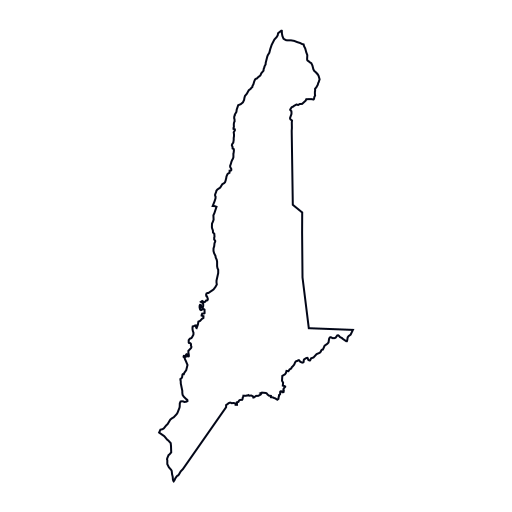 the district of Canas, Guanacaste, Costa Rica
{"feature_id": "36466004B65281330352027", "entity_name": "Canas", "entity_type": "district", "adm_level": 2, "iso_a3": "CRI", "parent_name": "Costa Rica", "parent_adm1": "Guanacaste", "projection": "equal_earth", "projection_center": [-85.111, 10.45], "detail": "fine", "context": "isolated", "style": "outline", "palette": "ink", "viewbox_px": 512, "rotation_deg": 0, "n_neighbors": 0, "source": "geoboundaries", "source_scale": "gbopen_adm2", "svg_char_len": 6033}
<svg xmlns="http://www.w3.org/2000/svg" viewBox="0 0 512 512"><path d="M311.3,63.2L309.5,62.1L308.8,61.3L307.7,60.7L307.3,60.2L307.1,59.2L307.3,55.1L306.3,52.4L305.2,48.4L304.1,46.3L303.6,44.4L302.2,44.1L300.1,43.0L297.2,42.1L294.2,40.9L290.8,40.3L287.1,40.3L286.1,40.2L284.4,39.3L283.5,38.7L282.4,36.0L281.9,33.4L281.8,30.8L281.3,30.7L278.1,33.2L277.7,35.3L276.7,37.0L274.4,39.5L271.7,44.8L270.3,48.9L269.3,52.8L267.8,55.2L267.3,56.5L265.7,62.8L265.6,64.4L264.5,66.4L264.3,67.5L263.7,68.9L263.5,70.7L261.2,73.4L260.7,74.8L260.2,75.6L258.0,77.3L256.9,78.5L255.9,78.8L255.1,79.4L254.2,81.5L253.4,84.3L252.5,85.9L252.3,87.1L251.4,87.8L250.6,88.9L248.8,90.2L246.8,93.8L245.0,95.9L244.4,98.0L244.1,99.9L242.9,102.4L240.7,104.2L238.2,105.2L236.7,109.6L236.4,111.9L234.8,114.6L234.8,115.5L234.4,116.0L234.2,117.0L234.2,118.4L234.5,119.2L234.6,121.4L234.2,122.1L233.9,123.3L233.8,124.6L233.9,127.0L233.5,127.8L233.5,128.9L234.8,129.3L234.9,130.1L234.7,130.6L233.7,132.3L234.0,134.4L234.0,136.1L233.7,138.0L233.7,140.0L233.4,141.8L233.3,142.6L232.2,144.1L231.9,145.0L231.9,145.6L232.5,146.7L232.6,148.5L233.6,148.9L233.8,149.3L233.9,150.7L233.6,153.1L233.4,153.5L233.4,157.2L232.9,158.8L232.4,159.5L231.5,161.5L230.9,163.7L230.1,165.9L230.2,167.0L231.3,169.0L231.3,170.0L230.8,170.6L229.6,170.7L229.5,172.8L227.9,173.7L227.5,174.1L226.5,176.4L226.1,178.7L225.9,179.1L225.8,179.9L225.1,182.1L224.2,183.1L222.3,184.2L220.2,187.6L217.4,189.5L216.4,190.7L216.2,191.7L215.1,194.5L215.1,195.7L215.6,196.7L215.5,198.4L214.6,201.2L212.7,206.0L214.6,206.1L216.5,206.8L214.4,213.1L213.4,215.3L213.6,219.7L212.9,221.7L212.0,223.6L211.9,227.2L212.1,228.3L212.9,230.5L213.0,232.5L214.3,233.8L214.5,236.8L214.2,237.5L214.2,239.5L215.2,240.8L215.2,241.6L214.5,243.2L214.2,246.2L213.5,248.5L213.5,251.0L214.1,253.2L215.5,256.0L215.7,257.6L216.7,259.7L217.1,261.7L217.1,266.2L217.5,268.3L218.2,269.7L218.2,273.1L216.5,280.6L216.5,282.5L216.8,284.5L215.4,287.0L213.5,289.5L208.4,293.0L207.5,293.0L206.5,293.5L206.1,294.8L206.3,296.0L206.5,296.3L206.9,296.3L207.1,296.7L207.9,299.1L207.4,300.3L206.1,300.5L205.2,301.7L204.2,302.2L203.6,302.2L202.8,301.3L202.2,301.0L200.9,301.9L201.6,302.4L202.8,302.8L203.2,304.2L203.2,306.0L202.8,307.5L201.2,307.5L201.0,305.2L200.6,304.9L200.0,304.9L199.6,305.9L199.6,307.5L200.1,309.5L200.9,310.1L201.4,310.0L202.8,309.1L203.8,309.1L204.5,309.6L204.6,313.1L204.3,313.4L203.8,313.5L202.2,313.6L201.6,315.1L201.6,315.6L203.5,316.2L203.4,318.0L201.9,318.9L200.1,320.9L198.4,321.6L197.9,324.6L196.6,328.1L196.4,328.0L196.1,327.3L195.8,325.4L195.0,325.5L193.8,326.2L192.7,326.4L192.5,327.5L192.5,329.1L192.8,330.8L193.5,332.8L193.4,334.7L192.1,337.1L191.4,338.1L189.8,338.7L188.7,340.2L188.7,342.5L189.0,343.0L190.3,343.2L190.8,343.7L191.0,344.3L190.9,345.5L191.4,346.7L191.3,347.5L191.0,348.1L188.4,350.8L188.4,352.9L188.7,354.1L188.9,356.0L188.6,356.4L187.7,356.3L187.3,354.6L186.9,354.3L186.5,354.2L186.0,354.8L185.7,356.8L185.1,356.8L184.3,355.9L183.8,355.9L183.6,356.4L183.6,356.9L184.2,357.3L184.6,358.0L185.1,359.5L185.9,361.1L187.5,365.0L186.2,370.2L184.3,372.8L183.8,374.2L182.9,374.1L182.5,374.5L182.1,377.2L181.4,378.4L180.4,379.0L180.4,380.0L180.7,380.8L180.8,383.6L182.3,390.9L182.3,392.7L182.6,394.9L183.7,396.6L185.9,398.8L187.3,399.9L187.5,401.0L186.6,401.6L184.4,402.0L182.9,401.3L181.4,401.3L180.6,401.5L179.8,403.3L179.7,406.5L179.5,407.7L177.5,412.8L176.7,414.1L173.7,417.3L172.1,418.2L170.3,419.6L167.6,424.1L166.1,425.5L163.8,428.4L162.5,429.2L160.4,429.7L159.1,432.6L164.3,436.2L167.2,439.7L168.2,440.4L170.7,443.1L171.0,446.0L171.2,452.4L169.3,454.6L168.6,455.0L167.3,458.1L167.0,459.2L167.3,460.2L167.3,464.1L168.9,467.3L171.1,469.8L171.7,470.9L172.1,474.4L172.7,476.7L172.9,479.4L173.3,480.8L173.7,481.3L174.7,479.8L175.2,478.5L176.6,476.5L177.4,475.7L178.2,475.4L178.9,474.5L180.7,471.4L182.9,469.1L226.1,407.2L226.1,405.1L226.4,404.8L227.6,404.1L228.5,403.2L229.8,402.7L230.6,402.7L231.7,403.2L233.6,403.0L235.6,403.5L235.6,404.8L237.0,404.8L236.9,402.3L238.4,401.9L238.8,401.0L239.5,400.2L240.4,399.9L242.1,399.8L242.6,398.9L242.7,397.6L243.3,396.6L243.4,395.7L246.0,395.8L247.1,395.4L247.9,395.6L248.4,395.1L249.5,395.7L251.2,395.5L252.9,396.3L253.1,396.6L253.3,397.5L253.8,397.5L256.1,395.9L258.1,395.9L260.6,394.6L261.2,393.8L260.5,393.2L261.9,392.6L265.9,393.0L266.8,393.5L267.5,394.5L269.0,395.7L270.9,395.9L270.9,397.2L272.9,397.4L274.0,398.0L275.1,398.3L277.3,399.7L278.4,398.9L278.7,396.9L279.0,396.1L279.0,395.1L279.8,394.6L280.1,394.2L280.2,391.8L280.6,391.3L282.1,391.3L282.3,392.2L282.9,392.3L283.6,392.0L283.8,390.4L283.4,389.2L284.1,388.0L285.2,386.8L285.2,386.5L284.5,386.1L282.8,385.6L283.1,382.7L282.0,380.7L282.3,375.9L285.0,374.3L285.9,373.0L286.5,370.9L288.4,371.2L289.6,369.4L291.2,368.5L291.8,367.2L292.7,366.4L294.2,364.6L295.1,362.4L295.8,361.5L296.3,361.1L297.5,360.9L298.3,360.2L299.0,360.2L300.3,361.8L302.2,362.6L302.8,362.6L303.6,362.0L303.8,360.0L304.1,359.4L306.2,358.1L307.0,357.9L307.5,357.9L308.4,360.0L309.5,360.5L310.1,360.4L311.1,358.3L313.5,357.5L316.6,354.1L319.7,352.8L320.9,351.5L321.1,350.7L321.4,350.2L322.0,349.7L322.8,349.6L323.3,348.7L324.6,345.7L327.3,343.8L328.5,342.5L329.1,338.8L329.4,338.1L330.1,337.3L330.8,337.2L332.5,338.1L334.6,338.1L335.6,337.7L337.3,335.4L338.2,335.3L339.0,335.9L339.9,337.0L342.2,338.2L342.4,338.6L346.2,341.2L346.9,341.2L347.2,340.3L347.7,337.3L348.7,336.0L350.6,334.7L352.9,329.9L308.8,328.2L302.5,277.4L302.1,232.7L302.2,212.5L292.8,204.8L291.7,130.8L291.9,128.1L291.8,122.6L292.0,120.5L290.5,119.4L290.1,118.7L290.1,117.8L291.4,114.2L291.5,113.1L291.4,111.2L290.2,109.9L290.2,109.5L291.5,107.5L291.9,107.1L293.4,106.5L293.8,106.0L296.5,104.5L298.1,105.0L299.8,104.0L302.1,103.9L305.7,100.6L306.3,99.2L311.3,99.1L313.5,99.5L314.0,98.9L314.4,96.8L315.1,95.6L314.9,94.1L314.9,91.7L315.1,91.0L315.1,88.7L316.3,87.4L317.8,84.7L318.2,83.0L318.6,82.4L319.6,79.3L318.6,75.9L317.8,74.4L317.5,74.3L317.2,73.5L316.6,73.3L316.0,72.4L314.3,71.0L313.4,69.4L312.4,65.5L311.3,63.2Z" fill="none" stroke="#020617" stroke-width="2"/></svg>